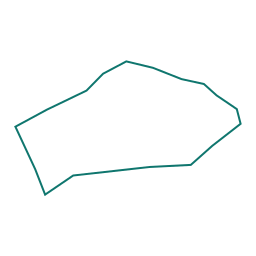 map outline of Marupes (Robinson projection)
{"feature_id": "LVA-5771", "entity_name": "Marupes", "entity_type": "Municipality", "adm_level": 1, "iso_a3": "LVA", "parent_name": "Latvia", "parent_adm1": "", "projection": "robinson", "projection_center": [23.953, 56.883], "detail": "fine", "context": "isolated", "style": "outline", "palette": "teal", "viewbox_px": 256, "rotation_deg": 0, "n_neighbors": 0, "source": "natural_earth", "source_scale": "10m", "svg_char_len": 329}
<svg xmlns="http://www.w3.org/2000/svg" viewBox="0 0 256 256"><path d="M126.3,61.4L152.9,67.8L181.5,79.1L203.9,84.0L216.6,95.4L236.8,109.1L240.6,123.8L212.3,145.8L190.8,164.9L149.4,167.0L73.2,175.5L45.1,194.6L35.2,169.2L15.4,126.7L46.8,109.7L86.5,90.6L103.1,73.7L126.3,61.4Z" fill="none" stroke="#0f766e" stroke-width="2"/></svg>